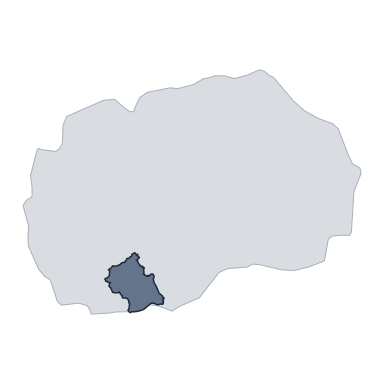 Bitola, Bitola, North Macedonia (highlighted)
{"feature_id": "65306769B29228652763838", "entity_name": "Bitola", "entity_type": "district", "adm_level": 2, "iso_a3": "MKD", "parent_name": "North Macedonia", "parent_adm1": "Bitola", "projection": "robinson", "projection_center": [21.305, 41.044], "detail": "fine", "context": "in_parent", "style": "filled", "palette": "slate", "viewbox_px": 384, "rotation_deg": 0, "n_neighbors": 0, "source": "geoboundaries", "source_scale": "gbopen_adm2", "svg_char_len": 2851}
<svg xmlns="http://www.w3.org/2000/svg" viewBox="0 0 384 384"><path d="M170.2,87.8L177.6,88.6L193.5,84.5L203.4,78.8L208.5,77.9L215.2,75.7L224.8,76.0L234.7,78.5L247.1,75.2L259.3,69.9L264.3,71.2L269.6,75.8L273.1,77.0L293.5,101.1L304.7,110.9L317.9,118.3L332.9,123.7L338.3,128.9L348.1,154.6L352.7,164.3L359.1,167.2L360.7,170.0L361.0,173.7L353.9,191.7L351.4,232.2L349.6,235.4L342.1,235.2L332.1,236.1L328.3,239.2L324.4,260.9L308.4,267.1L293.8,270.6L281.5,269.8L259.9,264.7L252.8,264.1L246.8,267.1L227.5,268.6L219.1,272.4L199.2,297.9L179.1,306.6L172.2,311.1L156.8,305.4L149.4,304.9L138.8,311.4L115.4,312.0L109.1,313.1L91.1,314.1L90.3,310.6L87.0,305.5L78.6,303.1L61.4,305.2L57.3,301.4L50.3,279.8L44.7,276.4L38.6,269.1L28.2,245.7L28.0,235.4L28.7,226.4L23.0,205.4L26.6,200.1L32.0,196.7L32.1,188.3L30.6,175.4L37.0,150.2L38.8,148.3L40.4,149.5L55.8,151.5L59.7,148.3L62.3,143.4L63.1,124.9L66.8,116.4L104.0,100.1L114.9,99.5L123.3,107.0L129.9,111.7L133.9,111.6L135.3,106.8L139.8,97.5L147.4,92.3L170.0,87.8L170.2,87.8Z" fill="#d9dde1" stroke="#a8b0b8" stroke-width="1"/><path d="M152.7,274.0L150.8,274.2L150.0,275.2L149.0,275.3L148.8,276.1L147.7,275.7L147.4,276.3L147.1,276.3L147.0,275.9L144.9,275.4L144.5,274.2L143.4,274.0L143.9,272.5L143.7,269.6L144.2,267.8L143.1,267.6L143.4,267.4L142.5,266.3L141.6,266.6L140.9,265.9L140.0,265.9L139.7,264.5L138.6,263.8L137.8,261.4L136.6,260.1L137.7,259.7L138.2,258.4L139.3,257.8L138.5,256.4L137.5,256.0L137.7,254.5L136.5,254.9L135.7,254.1L135.8,253.7L135.3,253.1L134.4,252.9L134.2,253.1L131.9,254.3L131.7,256.2L130.0,256.9L129.9,257.5L128.7,258.4L128.0,258.2L126.7,258.7L126.1,260.7L125.1,261.2L124.8,262.1L124.3,262.5L122.5,262.5L120.6,263.7L120.3,264.5L116.0,266.2L112.6,265.9L111.2,267.9L108.5,269.7L109.2,270.7L109.7,270.9L109.3,275.7L107.7,277.5L105.5,278.4L104.9,279.2L105.7,280.5L105.7,281.3L107.3,281.6L108.0,282.3L110.2,282.7L109.5,283.6L109.6,284.3L109.0,285.3L109.0,285.9L109.7,287.2L110.5,287.5L112.6,292.3L115.7,292.9L117.9,292.7L119.5,292.1L120.3,294.0L122.1,295.8L122.1,296.9L122.7,298.0L125.7,298.0L127.7,298.8L128.0,299.8L128.9,300.7L128.7,302.4L129.7,304.1L129.2,305.6L129.2,307.9L128.0,310.2L128.5,310.6L128.7,311.2L129.0,311.7L129.4,312.2L130.3,312.6L130.6,312.4L131.5,311.9L132.4,311.8L133.9,311.8L134.9,311.7L136.0,311.6L137.1,311.4L137.8,311.2L138.6,310.8L139.0,310.8L139.4,310.8L139.9,310.7L140.2,310.6L141.5,310.3L141.8,310.1L143.2,309.6L144.4,308.9L147.4,306.4L147.6,306.2L149.5,304.6L151.0,303.3L152.2,303.2L152.9,303.2L154.2,303.3L154.3,303.3L157.4,304.9L157.5,304.9L159.5,304.4L160.9,304.0L162.6,304.3L163.3,303.4L163.0,302.8L163.5,301.8L163.0,301.3L163.3,300.7L162.7,300.0L162.5,299.4L163.7,299.0L164.0,297.9L162.8,297.6L162.9,296.8L162.2,295.7L159.1,293.2L156.2,286.1L154.2,283.1L153.3,279.1L154.1,276.9L154.0,276.1L153.6,275.0L152.7,274.0Z" fill="#64748b" stroke="#1e293b" stroke-width="1.5"/></svg>